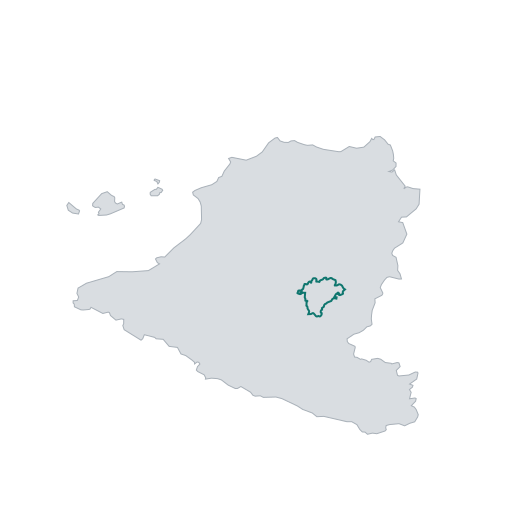 Spain, with Ávila highlighted, rotated 194°
{"feature_id": "ESP-5806", "entity_name": "Ávila", "entity_type": "Autonomous Community", "adm_level": 1, "iso_a3": "ESP", "parent_name": "Spain", "parent_adm1": "", "projection": "mercator", "projection_center": [-4.824, 40.625], "detail": "fine", "context": "in_parent", "style": "outline", "palette": "teal", "viewbox_px": 512, "rotation_deg": 194, "n_neighbors": 0, "source": "natural_earth", "source_scale": "10m", "svg_char_len": 6699}
<svg xmlns="http://www.w3.org/2000/svg" viewBox="0 0 512 512"><g transform="rotate(194 256 256)"><path d="M275.3,124.3L275.3,125.6L277.6,128.2L284.6,129.8L286.3,130.9L286.0,134.5L284.3,137.6L285.8,139.0L287.5,138.9L289.5,136.4L289.9,138.0L293.1,139.6L300.1,142.4L305.1,142.8L310.1,148.3L318.4,147.3L325.9,152.7L332.9,151.5L334.5,152.5L345.3,152.6L345.9,148.3L347.2,146.5L366.1,152.6L368.4,156.3L368.0,158.2L369.0,162.5L371.4,162.4L376.4,159.9L382.8,163.0L384.5,165.6L385.8,165.8L390.7,163.2L403.7,166.3L404.2,164.3L405.2,163.7L410.6,161.8L412.9,161.4L419.9,162.8L420.7,165.3L422.1,166.2L422.6,168.3L418.6,169.6L418.1,173.3L420.7,176.4L420.9,181.8L413.9,188.6L393.9,200.3L387.3,207.2L372.4,210.7L356.9,215.8L347.7,225.0L350.1,225.7L352.8,228.8L351.9,230.2L347.9,232.3L344.3,232.9L337.6,244.1L328.3,255.7L324.9,260.9L317.6,274.2L317.6,278.1L321.2,291.3L323.2,294.8L326.1,297.7L331.6,300.1L332.9,302.6L331.0,304.9L325.6,309.0L316.1,314.5L312.0,318.9L311.2,323.1L308.4,325.0L307.3,330.8L303.6,339.0L303.3,341.1L306.2,344.0L303.3,345.9L288.7,346.6L279.7,352.9L275.1,358.5L271.1,368.9L266.1,375.0L263.9,376.2L260.5,373.5L256.2,373.1L252.1,374.0L249.9,376.1L246.5,377.3L243.2,376.3L236.1,375.7L232.9,375.8L227.9,377.5L223.7,376.4L216.5,375.8L200.9,377.2L198.9,377.8L192.0,384.8L184.5,384.9L177.7,387.7L173.1,394.5L172.2,398.1L170.8,397.2L169.8,397.5L169.2,400.3L164.5,402.0L159.3,399.8L154.9,396.4L152.5,396.2L148.8,391.0L147.2,387.6L146.0,384.1L145.9,381.5L142.6,380.1L141.8,376.8L144.2,372.5L147.5,370.1L144.4,370.3L142.3,373.1L139.5,368.6L128.2,359.9L128.8,356.9L126.9,359.2L125.6,359.8L119.8,359.4L113.1,360.5L110.3,345.7L112.0,340.5L119.5,330.3L124.2,328.9L126.0,323.7L121.7,323.9L114.9,313.7L116.7,304.2L123.5,297.1L124.6,294.2L124.9,291.5L123.6,289.6L119.8,288.6L116.0,281.0L115.1,276.3L112.0,273.6L109.3,268.9L111.7,268.2L121.4,268.2L123.8,266.9L125.5,263.8L127.4,258.6L127.8,255.4L124.0,250.8L123.9,249.8L124.4,248.3L130.3,243.2L129.1,239.4L130.1,231.4L129.6,226.7L128.9,222.8L126.9,217.8L128.2,215.8L131.3,214.1L133.8,210.0L137.4,206.5L142.1,203.8L147.6,197.7L146.7,195.0L144.8,193.5L138.1,192.3L137.6,191.1L137.6,184.5L135.9,181.8L133.4,182.1L129.6,181.0L128.7,181.7L123.9,181.5L120.6,180.3L119.2,181.3L118.8,183.7L113.2,186.1L110.0,186.0L104.8,183.9L98.9,184.6L98.2,184.1L93.2,186.8L91.5,186.9L89.4,183.6L92.2,178.9L89.8,174.4L88.2,174.2L78.9,177.5L73.5,181.9L71.3,182.4L70.5,181.7L70.3,175.5L76.0,168.9L72.4,168.5L72.5,166.6L74.8,163.5L72.5,161.3L72.5,154.6L67.4,156.7L66.1,156.4L66.0,153.7L69.1,148.3L65.8,147.7L63.4,145.7L60.2,141.3L60.2,139.0L61.9,133.5L66.3,130.9L70.7,127.2L76.7,127.9L85.7,124.7L88.7,123.0L88.6,120.7L87.6,119.0L88.5,117.4L95.8,112.8L100.2,112.3L104.7,110.0L107.6,111.5L110.3,111.0L113.3,112.8L117.3,116.8L123.1,118.4L127.7,117.2L151.4,116.8L158.1,114.8L163.4,117.3L173.5,118.4L179.6,120.5L196.4,123.9L202.5,124.0L214.7,120.6L218.0,121.4L222.9,119.8L225.3,120.1L228.3,122.5L239.1,125.7L241.9,123.0L244.0,122.4L251.8,124.0L259.6,127.4L263.6,127.7L269.6,126.7L275.3,124.3ZM418.0,264.1L420.7,265.3L423.7,264.2L425.2,264.6L426.7,265.2L427.1,267.6L420.8,279.2L415.9,282.4L410.9,279.9L408.0,279.3L407.1,278.3L406.4,274.6L405.1,273.4L403.2,272.9L399.3,275.8L398.1,273.8L396.3,273.5L395.6,272.3L395.6,270.7L407.6,261.6L411.0,259.6L418.4,257.3L419.5,257.6L418.5,259.0L419.5,260.3L418.0,264.1ZM451.8,259.3L450.6,262.6L441.7,258.2L438.8,257.7L438.1,257.1L438.4,253.8L444.4,253.3L449.2,255.0L451.8,259.3ZM368.8,296.6L367.8,298.9L363.4,298.1L362.4,297.2L363.4,294.6L364.6,294.3L364.7,292.5L366.1,290.6L372.3,289.1L373.7,290.4L374.0,292.2L370.3,296.1L368.8,296.6ZM373.1,305.8L372.5,306.3L367.7,305.8L367.6,304.3L368.6,302.2L370.3,304.3L373.1,304.7L373.1,305.8Z" fill="#d9dde1" stroke="#a8b0b8" stroke-width="1"/><path d="M193.0,248.7L192.7,248.6L192.1,248.4L191.9,248.2L191.7,248.0L191.7,247.7L191.5,246.8L191.5,246.6L191.4,246.3L191.4,246.0L191.3,245.8L191.0,245.8L190.3,246.0L189.0,246.2L188.4,246.1L188.2,246.3L188.1,246.8L188.0,247.1L188.0,247.5L187.6,248.0L187.1,248.4L186.5,248.7L186.2,249.0L185.7,249.3L185.4,249.6L185.2,250.1L185.1,250.4L185.0,250.6L184.9,250.9L184.6,251.1L184.0,251.5L183.6,251.7L182.9,251.9L182.5,251.8L182.4,251.6L182.2,250.5L182.0,250.3L181.7,250.3L180.9,250.6L180.6,250.8L180.4,250.9L180.1,251.2L180.0,251.4L178.8,252.3L178.7,252.5L178.3,252.7L177.8,252.8L177.1,252.8L176.8,252.5L176.0,252.2L173.1,251.8L172.6,251.0L172.5,250.7L172.4,250.5L172.2,250.0L172.1,248.3L172.1,248.0L172.2,247.7L172.5,246.9L172.5,246.7L172.4,246.5L171.8,246.6L170.4,247.0L169.4,247.8L169.2,248.1L168.8,248.5L168.6,248.6L168.3,248.7L168.1,248.7L167.0,248.7L165.9,248.3L165.2,247.9L164.5,247.0L163.6,246.1L162.8,245.5L161.6,245.1L163.0,243.0L163.1,242.6L163.1,242.1L163.0,241.6L162.6,240.9L162.5,240.5L162.7,240.1L164.8,238.5L165.6,238.3L165.9,238.3L166.0,238.5L166.0,239.2L166.7,240.0L167.2,240.3L167.6,240.3L167.9,240.0L167.7,238.9L168.8,238.8L169.1,238.4L169.3,238.0L170.0,235.4L167.8,235.4L167.7,234.1L167.8,234.1L169.7,234.0L170.7,233.5L171.5,232.7L172.1,230.6L175.6,228.1L176.3,226.9L177.4,226.1L177.9,225.1L178.0,224.7L177.9,223.2L179.4,221.4L178.9,219.9L179.6,219.2L179.8,218.7L179.8,218.1L179.7,217.4L179.6,217.1L179.4,216.8L179.2,216.7L178.6,216.6L178.4,216.4L178.2,215.0L178.4,214.3L179.0,213.1L179.5,212.8L179.9,212.7L180.9,212.9L182.1,212.1L182.7,212.0L183.3,212.2L185.9,214.1L186.8,214.4L187.3,214.2L188.6,213.0L191.2,212.2L190.9,214.7L191.3,215.6L192.9,217.1L193.3,217.6L193.8,219.1L194.1,219.4L194.4,219.7L194.9,219.8L195.1,220.0L195.3,221.5L195.7,222.9L195.7,223.4L195.3,224.3L195.3,224.7L195.7,224.9L196.7,224.6L197.2,224.6L197.4,224.9L197.5,225.2L197.6,225.9L197.8,226.5L198.4,227.2L198.7,227.7L199.4,232.2L201.6,231.7L202.2,231.2L204.0,231.1L203.5,229.9L204.0,229.7L204.4,229.6L206.2,229.8L206.8,230.1L206.6,230.9L206.6,231.1L206.6,231.7L206.6,232.3L206.5,232.6L206.2,232.8L205.9,232.9L205.6,233.0L205.1,233.2L204.5,233.3L204.3,233.3L204.0,233.2L203.8,233.0L203.6,232.6L203.5,232.4L203.2,232.4L203.1,232.6L203.1,233.0L203.3,233.5L203.3,233.8L203.3,234.1L203.2,234.5L202.9,234.9L202.7,235.0L202.3,235.6L202.3,236.0L202.3,236.3L202.3,236.8L202.3,237.1L202.3,237.5L202.3,237.9L202.4,238.2L202.4,238.4L202.4,238.7L202.2,239.0L202.0,239.8L202.2,240.3L202.1,240.5L201.8,240.7L201.0,240.8L200.8,240.9L200.7,240.9L200.3,240.8L200.1,240.7L199.9,240.7L199.7,240.7L199.6,240.8L199.4,241.0L199.2,241.2L199.0,241.5L198.9,242.1L198.9,242.3L198.9,242.6L198.8,242.9L198.5,243.5L198.3,243.8L197.9,244.1L197.7,244.2L197.2,244.2L196.9,244.0L196.5,243.5L196.3,243.4L196.1,243.4L196.0,243.5L196.0,243.9L196.0,244.2L196.2,244.7L196.2,245.0L196.0,245.5L195.6,246.2L195.4,247.5L195.0,248.2L194.1,248.5L193.4,248.7L193.0,248.7Z" fill="none" stroke="#0f766e" stroke-width="2"/></g></svg>